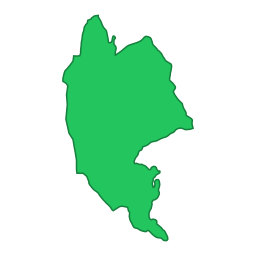 Krong Pinang, Yala, Thailand (Natural Earth projection)
{"feature_id": "78962969B4997487485742", "entity_name": "Krong Pinang", "entity_type": "district", "adm_level": 2, "iso_a3": "THA", "parent_name": "Thailand", "parent_adm1": "Yala", "projection": "natural_earth1", "projection_center": [101.271, 6.392], "detail": "fine", "context": "isolated", "style": "filled", "palette": "green", "viewbox_px": 256, "rotation_deg": 0, "n_neighbors": 0, "source": "geoboundaries", "source_scale": "gbopen_adm2", "svg_char_len": 5201}
<svg xmlns="http://www.w3.org/2000/svg" viewBox="0 0 256 256"><path d="M193.1,128.3L192.1,124.5L192.0,122.7L192.3,121.2L192.3,119.9L191.6,119.0L191.6,118.9L191.4,118.7L188.8,117.0L186.7,115.8L186.1,114.9L186.1,113.6L185.8,112.1L185.2,110.9L184.3,109.5L183.7,108.2L183.4,107.7L182.8,105.9L182.2,103.5L181.0,102.4L177.8,99.2L177.7,99.0L174.6,94.6L174.1,93.2L173.7,92.6L173.3,91.7L173.6,90.9L175.2,88.5L175.4,87.8L175.3,86.6L173.1,83.5L172.2,82.6L171.1,81.6L170.4,81.0L169.8,80.6L169.6,79.8L169.7,78.1L169.7,77.7L170.2,75.2L170.3,73.3L170.8,71.6L171.0,70.4L171.4,68.2L171.6,65.6L171.0,64.0L169.6,63.2L169.3,63.0L168.1,62.2L166.4,61.3L165.4,60.3L164.8,59.3L164.1,58.1L163.1,56.8L162.2,55.0L161.3,53.4L159.4,51.3L157.7,50.1L156.7,48.6L155.3,47.1L152.8,44.5L152.1,41.7L151.1,38.9L150.3,37.7L148.3,36.8L146.0,36.3L144.3,37.2L143.1,38.7L141.3,40.4L139.5,41.5L137.0,42.6L136.4,42.8L133.5,43.7L129.0,45.2L127.2,46.2L124.8,48.1L120.9,51.4L117.1,54.0L116.3,54.6L115.4,55.1L115.3,53.3L115.3,52.4L115.5,51.2L116.0,49.5L116.1,48.1L115.7,46.4L114.8,45.4L114.5,44.9L114.2,44.4L113.9,43.7L113.9,43.0L113.9,42.1L113.9,40.9L114.1,40.0L114.2,39.8L114.7,39.0L115.3,38.4L115.3,37.7L114.6,36.4L113.8,36.0L113.7,36.0L113.3,36.1L113.2,36.2L113.1,36.3L112.7,37.0L112.2,39.5L111.8,41.4L111.3,42.1L110.7,42.4L110.0,42.7L109.5,42.7L109.0,42.6L108.6,42.4L108.5,42.1L108.4,41.1L108.0,38.6L106.8,32.6L106.4,31.0L105.7,29.8L104.7,28.8L103.8,27.7L103.2,26.8L102.6,25.7L102.2,24.8L101.6,23.3L101.4,22.5L100.7,21.0L100.1,19.9L99.4,18.8L98.8,17.8L98.4,17.2L98.3,16.6L98.3,16.0L98.3,15.4L97.4,15.5L94.3,16.0L91.6,18.0L91.1,19.0L87.7,20.4L87.3,23.0L85.7,24.7L84.2,27.4L83.8,30.5L82.9,33.0L82.4,35.2L82.2,37.3L82.0,39.1L81.4,42.1L81.1,46.2L80.8,48.9L80.6,51.0L80.7,52.8L80.3,54.2L79.9,55.7L77.8,56.0L76.2,56.0L73.7,55.9L73.4,58.5L72.9,61.4L71.5,63.1L70.4,64.7L69.3,66.0L68.2,67.4L67.0,68.8L65.2,70.6L64.5,72.2L63.9,74.3L63.4,76.5L63.0,78.3L62.9,78.7L62.9,81.3L66.1,83.3L67.8,85.9L66.5,94.8L67.3,104.6L65.9,119.2L69.0,133.2L73.0,139.5L74.3,147.3L74.9,150.3L75.9,156.1L76.5,160.3L76.5,169.1L76.9,173.2L83.2,173.3L86.8,176.4L89.0,182.1L89.1,182.3L88.8,182.9L89.6,184.7L90.7,186.0L92.0,187.7L92.3,188.0L93.3,189.2L94.8,190.5L96.4,191.5L98.3,193.2L99.6,195.3L101.2,197.4L103.2,199.8L104.8,201.4L106.5,203.3L108.2,204.8L109.9,206.5L110.9,207.9L111.8,209.5L113.2,210.7L119.6,206.6L121.2,206.3L122.8,206.3L124.3,206.6L126.0,206.9L127.6,207.4L128.1,209.1L128.4,210.9L129.6,212.2L129.5,214.2L129.3,216.5L129.9,219.4L130.7,221.5L131.9,223.5L133.0,225.9L134.1,227.5L135.8,228.1L137.6,228.5L139.0,229.4L140.4,230.3L142.5,231.0L144.3,231.5L146.1,231.6L147.5,230.5L149.1,230.9L150.8,232.7L152.3,234.2L153.6,235.4L155.1,236.5L156.1,237.1L157.7,237.7L158.6,237.8L160.5,237.9L161.4,238.3L161.8,238.6L162.3,239.2L163.2,240.0L164.4,240.6L165.8,240.6L166.6,240.6L167.0,240.2L167.4,239.9L167.7,239.4L167.8,238.9L167.7,237.9L167.4,236.5L166.2,234.1L165.1,231.9L164.2,230.6L162.9,229.8L162.7,229.6L162.3,229.1L161.8,228.3L161.7,228.2L161.2,227.6L159.2,225.9L157.3,224.4L156.8,223.8L156.8,223.1L156.8,222.4L156.8,222.2L156.8,221.5L156.4,220.5L156.0,220.2L155.5,219.8L153.8,219.3L153.1,219.2L152.4,219.2L151.9,219.5L151.5,219.7L151.1,219.6L150.4,219.4L149.8,218.8L149.3,217.7L149.1,217.0L149.0,214.8L149.0,213.4L149.4,212.0L150.0,210.3L150.6,209.4L151.1,208.6L151.9,205.1L152.1,204.2L152.0,203.7L151.8,203.3L151.8,202.8L152.0,202.0L152.6,200.9L153.3,200.1L153.9,199.9L154.7,199.8L155.5,199.4L156.4,198.8L157.5,197.8L158.3,196.4L159.1,194.5L159.3,193.3L159.3,192.6L159.0,191.7L158.6,191.0L158.5,190.0L158.7,188.7L159.4,186.7L159.7,184.8L159.7,183.6L159.4,182.6L159.4,181.6L159.1,180.8L158.7,180.2L158.4,179.8L157.7,179.6L156.7,179.6L155.8,180.0L155.2,180.7L154.8,181.3L154.6,181.8L154.6,182.3L154.7,182.9L155.0,183.8L154.9,184.8L154.6,185.9L154.5,186.6L154.0,187.0L153.7,187.2L153.4,187.3L153.1,187.3L153.1,186.6L152.8,185.8L152.3,184.1L152.4,182.6L152.9,181.4L153.2,180.5L153.1,179.2L153.4,178.3L154.1,177.6L154.7,177.0L155.2,176.7L155.5,176.1L155.7,175.5L156.1,175.0L157.2,174.4L158.6,173.6L159.6,172.9L160.0,172.0L159.9,171.3L159.7,171.0L159.1,171.0L158.7,171.3L158.2,171.0L157.4,170.2L156.9,169.5L156.6,168.6L156.4,167.8L155.9,167.2L155.1,166.6L154.5,166.4L153.7,166.4L153.2,166.6L152.5,166.8L152.0,167.1L151.4,167.6L151.2,167.9L151.0,168.3L150.8,169.1L150.6,169.5L150.0,169.6L149.6,169.6L149.0,169.5L148.6,169.2L147.8,168.3L145.9,166.4L144.9,165.7L144.4,165.5L143.6,165.3L142.8,164.9L141.9,164.3L140.8,164.4L140.5,164.4L140.0,164.4L139.1,164.3L138.3,164.0L137.3,163.6L136.3,163.3L135.4,163.5L134.8,163.6L134.4,163.1L134.1,162.2L134.1,161.6L134.4,160.4L135.3,158.4L136.0,157.3L136.4,156.8L136.9,156.2L137.3,155.6L137.7,155.0L138.2,154.1L138.4,152.8L139.0,151.5L139.4,150.9L139.9,150.5L140.7,150.4L140.9,150.4L141.6,149.7L142.3,148.5L142.6,147.2L142.7,146.9L144.6,146.2L146.3,145.6L147.9,144.7L149.3,143.6L150.9,142.2L152.6,141.7L154.1,141.4L156.5,140.9L158.9,139.7L161.0,138.6L163.0,137.8L164.7,137.3L166.3,136.8L167.9,135.8L169.3,134.6L170.5,133.6L172.0,133.0L173.8,132.1L175.0,130.7L176.5,129.2L178.8,128.3L180.6,128.1L182.3,128.4L184.0,129.1L185.6,129.7L187.6,129.5L189.2,129.4L191.1,129.0L193.1,128.3Z" fill="#22c55e" stroke="#15803d" stroke-width="1.5"/></svg>